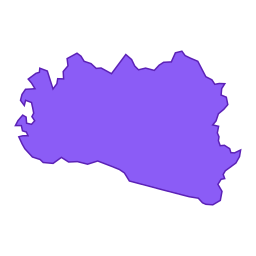 Lagoa dos Três Cantos, Rio Grande do Sul, Brazil
{"feature_id": "56859067B28552109375594", "entity_name": "Lagoa dos Três Cantos", "entity_type": "district", "adm_level": 2, "iso_a3": "BRA", "parent_name": "Brazil", "parent_adm1": "Rio Grande do Sul", "projection": "albers", "projection_center": [-52.844, -28.574], "detail": "fine", "context": "isolated", "style": "filled", "palette": "violet", "viewbox_px": 256, "rotation_deg": 0, "n_neighbors": 0, "source": "geoboundaries", "source_scale": "gbopen_adm2", "svg_char_len": 1398}
<svg xmlns="http://www.w3.org/2000/svg" viewBox="0 0 256 256"><path d="M22.1,143.9L24.8,148.7L27.8,152.0L32.4,157.0L40.1,159.5L43.2,162.5L53.1,163.4L61.4,157.4L68.6,162.0L77.4,161.6L87.6,164.2L97.7,161.0L111.0,166.1L119.4,169.5L124.4,172.9L129.4,181.0L162.1,189.7L189.1,196.7L198.3,198.2L202.5,202.8L205.9,204.3L212.8,204.8L220.3,200.4L222.0,191.4L217.9,184.3L221.1,179.3L224.7,178.6L223.2,174.4L225.3,170.8L235.9,163.0L239.5,156.6L240.6,150.0L234.5,152.9L230.9,152.7L229.7,148.7L224.4,145.3L220.2,145.7L218.4,140.8L219.0,136.8L217.3,132.9L218.6,126.3L212.7,124.9L216.0,121.0L218.4,113.8L223.9,109.2L227.8,104.6L226.3,97.2L221.1,95.0L221.7,88.6L224.8,83.7L219.2,83.5L214.8,84.3L211.9,79.8L205.8,76.7L200.7,66.9L197.8,61.3L190.3,58.1L185.1,55.6L181.9,51.2L175.4,52.8L171.3,61.9L163.6,62.3L159.1,65.2L154.3,70.4L145.6,68.1L138.5,69.8L134.7,66.0L131.6,59.5L125.8,54.5L111.5,73.7L101.1,68.0L96.2,68.4L91.0,63.6L84.1,61.3L81.0,56.2L77.0,53.2L67.1,58.6L68.0,65.8L63.2,71.5L63.6,78.9L57.7,78.7L56.9,83.7L53.0,89.0L47.3,71.0L39.8,68.2L39.4,72.3L36.0,73.3L28.2,79.1L31.5,83.0L35.0,88.7L30.9,89.0L25.5,89.3L22.0,94.4L20.5,100.3L24.3,105.5L25.6,100.3L31.5,102.5L32.7,107.9L33.7,113.2L31.9,116.6L34.7,120.8L31.5,124.3L26.6,123.2L26.1,117.1L22.7,115.1L18.0,120.6L15.4,125.6L21.3,125.6L22.5,130.8L26.4,132.1L28.0,135.7L22.6,135.8L18.8,136.8L22.1,143.9Z" fill="#8b5cf6" stroke="#5b21b6" stroke-width="1.5"/></svg>